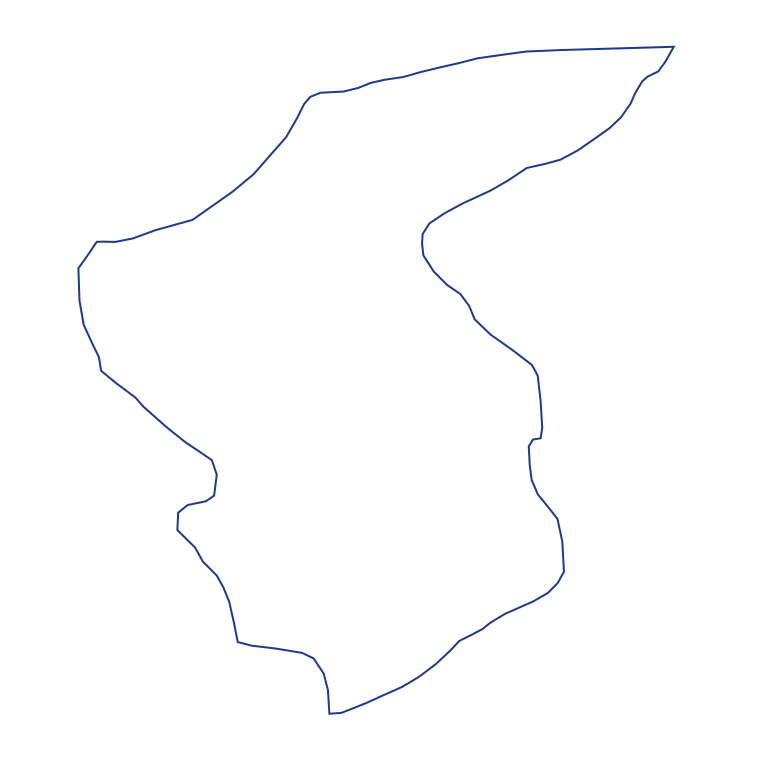 Mougoutsi, Nyanga, Gabon, rotated 88°
{"feature_id": "22940354B37590085186432", "entity_name": "Mougoutsi", "entity_type": "district", "adm_level": 2, "iso_a3": "GAB", "parent_name": "Gabon", "parent_adm1": "Nyanga", "projection": "mercator", "projection_center": [10.923, -2.753], "detail": "fine", "context": "isolated", "style": "outline", "palette": "blue", "viewbox_px": 768, "rotation_deg": 88, "n_neighbors": 0, "source": "geoboundaries", "source_scale": "gbopen_adm2", "svg_char_len": 1582}
<svg xmlns="http://www.w3.org/2000/svg" viewBox="0 0 768 768"><g transform="rotate(88 384 384)"><path d="M257.7,685.4L290.1,685.4L314.2,682.1L334.4,673.7L347.1,668.0L360.9,666.3L373.9,651.6L388.7,633.1L398.4,625.1L419.5,602.9L435.3,584.5L446.7,568.7L454.1,558.7L468.8,554.3L489.6,557.7L495.0,566.1L498.0,584.2L505.4,594.2L522.8,595.6L540.9,578.5L555.3,571.1L569.7,557.7L581.8,551.6L596.2,546.3L617.4,542.3L636.8,539.2L640.8,525.8L644.8,500.3L649.9,475.2L655.9,463.8L671.3,454.4L688.1,450.7L711.6,450.1L711.2,438.0L701.8,411.8L695.1,395.7L687.4,376.6L678.0,359.5L665.6,341.8L652.3,326.6L643.3,317.6L638.6,307.1L632.1,293.8L626.3,286.1L617.8,270.8L606.4,242.3L598.4,227.3L588.8,217.2L577.8,210.7L547.9,211.3L525.1,215.3L513.4,223.7L499.7,234.1L484.9,239.8L469.8,241.2L451.4,241.5L444.7,237.1L443.7,229.4L433.3,227.4L405.8,228.1L381.0,230.1L370.2,235.5L355.2,253.6L338.4,275.7L322.6,291.1L308.9,296.2L296.8,304.5L287.4,317.3L273.3,330.4L256.9,340.1L244.8,341.1L235.4,340.1L225.1,333.0L215.3,317.3L205.9,298.2L194.2,270.3L184.5,252.2L173.1,233.8L169.7,215.7L166.0,199.9L157.3,182.2L145.9,164.4L135.9,149.3L125.5,137.6L112.4,127.8L102.0,122.8L90.6,115.4L85.9,109.7L81.2,99.0L71.8,91.6L57.1,82.6L56.4,195.2L56.7,230.1L59.1,254.2L61.8,279.4L65.8,297.5L69.8,318.3L73.5,336.4L77.9,354.2L79.9,372.3L82.6,386.7L87.2,399.4L90.3,414.2L90.5,426.0L90.7,437.3L94.4,447.6L101.2,453.9L115.6,461.8L133.9,473.2L169.7,506.9L186.4,528.5L200.6,550.2L213.3,569.7L222.3,607.1L229.8,630.0L232.6,647.4L231.9,660.3L231.9,666.1L245.7,676.2L257.7,685.4Z" fill="none" stroke="#1e3a8a" stroke-width="2"/></g></svg>